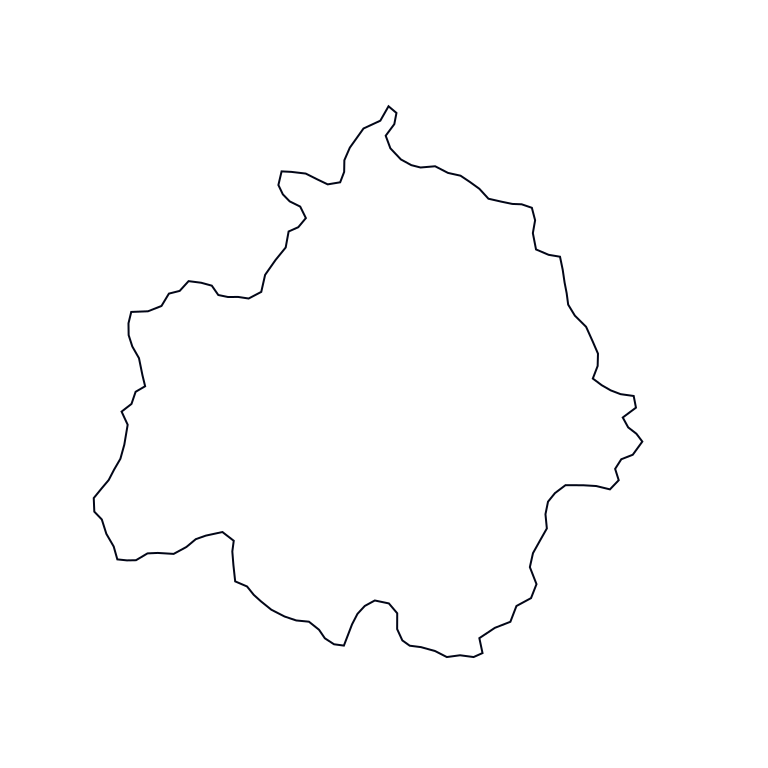 Senhora de Oliveira, Minas Gerais, Brazil, rotated 201°
{"feature_id": "56859067B26008984255683", "entity_name": "Senhora de Oliveira", "entity_type": "district", "adm_level": 2, "iso_a3": "BRA", "parent_name": "Brazil", "parent_adm1": "Minas Gerais", "projection": "natural_earth1", "projection_center": [-43.346, -20.808], "detail": "fine", "context": "isolated", "style": "outline", "palette": "ink", "viewbox_px": 768, "rotation_deg": 201, "n_neighbors": 0, "source": "geoboundaries", "source_scale": "gbopen_adm2", "svg_char_len": 2062}
<svg xmlns="http://www.w3.org/2000/svg" viewBox="0 0 768 768"><g transform="rotate(201 384 384)"><path d="M645.8,360.7L644.3,349.1L639.9,338.1L632.4,328.8L622.0,320.3L612.7,305.7L606.2,296.3L613.1,287.7L612.6,274.9L619.1,264.2L608.7,254.1L604.7,234.3L603.3,219.7L605.3,207.3L606.6,195.7L610.1,185.6L614.1,173.5L608.7,161.0L598.9,156.4L589.5,144.6L578.1,135.4L570.1,124.7L560.8,127.2L552.4,130.6L544.1,141.1L534.7,145.2L519.5,150.0L510.1,161.0L504.1,171.7L496.0,178.6L481.8,187.9L468.1,183.8L465.6,173.3L459.7,161.0L452.2,146.4L439.3,145.9L430.1,140.5L421.0,137.0L408.3,132.9L393.5,131.3L381.2,131.8L368.9,135.2L356.6,131.3L348.1,125.4L337.4,123.1L327.7,125.4L327.7,148.2L326.4,159.9L322.4,169.9L315.0,178.6L300.8,180.9L289.5,174.7L283.9,159.9L275.0,151.2L266.2,148.9L255.2,151.6L240.6,153.0L227.5,151.6L215.8,158.0L202.5,161.2L195.6,168.1L203.9,180.9L193.1,196.1L180.8,207.3L180.8,224.2L170.0,236.8L169.9,251.8L182.2,265.3L184.3,279.5L182.2,294.1L180.2,307.5L186.6,320.3L188.7,332.9L185.3,343.4L178.3,354.6L161.6,360.9L149.3,364.8L135.3,366.6L130.4,378.3L137.8,387.6L135.5,398.8L126.4,407.1L122.2,422.8L130.5,428.0L140.5,431.0L149.1,438.3L140.3,452.2L146.6,462.3L159.5,459.3L170.1,459.3L180.3,460.9L191.0,463.9L191.0,477.4L195.1,489.0L204.5,498.6L215.8,509.8L230.3,516.2L240.5,524.1L246.0,534.2L251.8,543.5L258.1,554.7L265.3,565.9L276.6,563.6L290.3,564.1L299.1,578.2L301.6,591.0L309.1,601.5L319.9,601.1L328.7,598.1L339.7,596.3L352.9,594.4L364.9,600.4L376.2,603.4L387.2,605.9L399.9,604.0L414.3,605.6L427.5,599.2L437.0,598.1L448.7,599.7L462.5,606.3L471.4,616.4L467.5,630.3L469.5,641.5L479.3,644.9L481.8,628.5L494.7,615.2L500.6,592.4L501.2,578.7L497.2,567.7L497.2,556.6L508.1,550.2L519.3,551.1L532.5,552.4L546.6,548.8L555.8,545.8L553.9,531.9L546.4,524.8L537.5,520.7L525.8,519.6L516.4,510.9L520.2,499.7L527.7,492.2L524.7,476.2L529.7,460.9L534.1,443.3L531.6,426.0L541.0,415.3L551.4,413.0L560.8,409.3L570.6,407.7L580.0,414.1L591.0,413.0L603.3,410.0L608.1,397.7L617.2,391.3L619.7,377.1L630.4,367.3L645.8,360.7Z" fill="none" stroke="#020617" stroke-width="2"/></g></svg>